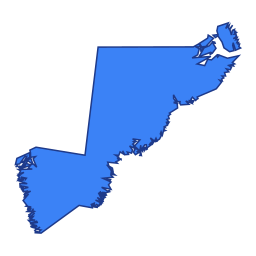 the border of Kommuneqarfik Sermersooq
{"feature_id": "GRL-2739", "entity_name": "Kommuneqarfik Sermersooq", "entity_type": "state/province", "adm_level": 1, "iso_a3": "GRL", "parent_name": "Greenland", "parent_adm1": "", "projection": "orthographic", "projection_center": [-36.556, 66.454], "detail": "fine", "context": "isolated", "style": "filled", "palette": "blue", "viewbox_px": 256, "rotation_deg": 0, "n_neighbors": 0, "source": "natural_earth", "source_scale": "10m", "svg_char_len": 5867}
<svg xmlns="http://www.w3.org/2000/svg" viewBox="0 0 256 256"><path d="M198.7,43.9L201.0,46.7L196.0,46.9L199.3,48.7L197.7,54.8L192.1,57.9L210.9,56.4L197.1,64.0L204.7,65.6L207.7,59.3L211.5,59.9L217.3,54.7L218.0,54.8L216.9,55.8L217.6,57.2L219.4,55.2L227.5,58.2L238.9,55.7L232.4,62.5L234.6,63.9L228.6,65.4L231.4,67.4L230.3,69.8L226.4,68.9L228.8,71.8L224.5,72.5L225.6,76.0L222.0,76.0L223.8,77.9L221.6,79.0L222.3,81.0L219.6,80.2L221.4,82.3L216.3,88.8L197.2,97.0L198.0,98.6L195.4,100.1L196.2,101.0L192.4,97.2L191.0,99.2L191.7,100.5L189.5,100.6L191.6,103.2L185.8,101.0L189.0,104.3L180.7,104.9L179.3,102.3L180.7,101.6L177.5,101.6L173.5,94.8L173.6,98.6L177.0,102.9L174.3,102.2L174.2,102.8L177.2,103.6L177.6,108.0L169.4,113.1L170.5,114.2L168.3,115.9L169.2,118.7L166.8,119.4L168.7,121.7L166.4,122.3L167.5,125.1L164.3,126.8L165.2,127.6L164.2,127.6L164.1,130.1L164.8,131.2L163.6,130.4L162.4,135.0L161.1,131.7L160.3,133.9L161.3,135.7L159.5,139.1L157.1,140.7L156.0,138.2L155.0,140.1L156.6,141.3L155.2,141.7L150.4,137.9L152.6,141.6L151.5,142.4L152.1,142.4L152.4,144.3L151.1,142.6L149.6,144.4L151.4,144.7L146.6,148.2L146.4,144.7L144.8,144.8L141.2,149.6L140.7,145.2L139.8,150.8L136.0,147.4L134.6,148.6L135.1,145.4L139.9,139.9L132.6,138.9L136.0,141.3L133.6,141.7L134.7,142.5L132.7,144.1L133.8,144.9L133.2,147.7L129.6,145.9L132.5,150.0L131.5,153.1L127.3,152.1L128.5,154.4L124.7,154.7L122.7,150.8L123.6,154.1L120.1,151.9L118.8,155.3L115.5,155.1L118.8,157.2L117.5,158.1L118.9,160.4L115.9,161.8L117.3,163.2L107.7,162.2L108.6,165.0L107.3,165.3L111.4,170.8L110.8,175.0L113.0,177.2L102.8,178.3L111.0,182.0L108.5,184.8L111.0,189.3L101.6,187.3L108.9,191.9L105.3,192.8L106.1,194.4L104.1,192.0L106.4,195.1L105.4,195.5L103.0,191.9L104.3,195.1L102.3,192.5L101.5,193.2L103.3,194.6L105.2,197.0L102.9,194.7L101.8,194.4L100.4,191.9L98.7,193.4L102.2,200.3L97.3,197.5L101.2,202.0L95.5,200.1L100.4,202.7L99.0,205.5L96.8,204.7L94.0,205.6L94.3,203.2L91.6,204.3L93.2,205.3L91.7,205.2L92.3,207.8L79.1,205.4L41.1,233.1L34.5,232.7L39.9,232.7L39.1,231.6L41.0,230.0L36.9,229.3L40.1,227.1L35.0,230.0L36.3,228.4L33.2,227.6L35.6,226.8L34.6,226.6L35.0,225.8L36.2,226.0L36.4,225.5L30.0,223.7L38.0,222.4L35.7,222.3L37.2,221.1L30.8,222.8L28.4,220.3L35.1,220.1L30.8,219.5L33.1,216.7L30.4,217.4L34.6,213.0L29.8,217.3L28.7,216.3L30.8,214.0L28.3,215.1L34.4,211.4L32.3,210.8L33.5,208.6L31.3,211.8L27.0,211.5L29.0,210.0L27.0,209.0L30.1,210.4L30.8,208.6L27.3,208.3L31.2,206.9L25.9,206.2L26.9,205.4L23.1,200.5L28.6,194.0L24.4,196.8L25.2,194.1L30.7,191.2L26.2,192.2L24.9,194.1L23.7,195.0L26.7,191.1L23.7,191.8L23.1,188.8L28.3,187.4L23.8,186.3L22.1,186.5L20.7,187.3L22.3,185.5L20.1,186.8L19.9,183.5L27.2,183.7L19.4,181.0L23.9,179.9L20.9,179.7L21.7,177.5L22.8,178.6L25.7,178.6L25.6,179.2L26.4,178.2L21.6,177.2L20.5,180.0L19.4,179.0L18.2,178.8L19.5,177.4L17.9,175.8L19.6,175.5L18.3,174.4L21.1,174.1L24.0,172.4L19.1,173.6L20.6,170.8L18.4,169.5L32.3,169.1L28.1,168.5L30.4,165.5L20.4,168.6L18.9,167.3L21.4,167.6L18.3,166.1L25.0,167.0L26.0,166.4L24.5,165.7L26.4,163.5L30.7,164.9L32.3,164.1L27.0,159.9L30.9,158.6L32.7,163.5L36.7,167.2L33.1,158.8L35.4,156.6L30.6,157.3L30.5,152.7L29.9,150.1L36.0,147.2L85.0,155.2L98.1,47.1L193.3,46.9L198.7,43.9ZM228.3,22.9L225.7,28.5L229.3,24.9L228.5,27.7L229.3,29.3L232.6,25.2L229.9,29.6L231.4,35.0L232.4,30.3L234.5,29.4L234.1,30.7L235.6,31.3L234.7,32.5L236.3,32.6L234.4,34.2L235.9,34.1L236.6,36.3L235.5,35.4L236.6,36.6L233.2,38.6L237.1,37.6L235.7,39.8L238.3,39.5L236.8,42.7L238.6,42.5L237.9,43.9L239.6,44.0L238.8,46.6L240.6,48.0L235.6,50.2L233.2,42.7L232.7,45.4L234.0,50.6L229.6,51.7L224.0,47.9L222.0,42.0L217.9,35.9L215.4,37.5L213.1,35.2L218.0,34.6L216.9,30.8L217.8,26.4L228.3,22.9ZM216.0,48.3L212.4,53.1L210.7,52.3L199.1,56.6L204.1,47.8L209.2,45.8L212.4,42.3L216.0,48.3ZM208.2,35.1L213.5,38.3L205.9,46.4L201.7,46.9L199.5,43.3L207.7,38.1L208.2,35.1ZM29.3,152.8L29.8,157.4L25.2,159.2L26.8,156.3L25.0,156.3L19.6,163.9L15.4,164.6L16.9,158.4L29.3,152.8ZM139.1,151.0L137.3,151.8L138.8,152.6L135.4,154.7L133.4,152.1L135.8,148.2L139.1,151.0ZM115.0,174.9L112.1,174.5L111.4,170.1L109.5,166.4L112.4,168.1L113.2,172.2L112.3,172.8L115.0,174.9ZM104.9,197.5L102.5,198.3L99.0,193.4L100.6,193.0L102.5,196.0L104.9,197.5ZM27.5,161.5L23.5,166.0L22.0,165.8L25.8,160.6L27.5,161.5ZM200.9,50.9L200.5,48.1L203.5,47.5L202.9,49.1L200.9,50.9ZM93.7,205.7L97.9,207.5L92.8,206.7L93.7,205.7ZM24.3,162.1L21.2,162.6L25.4,160.2L24.3,162.1ZM107.0,179.2L110.6,179.6L110.4,180.1L107.3,179.9L107.0,179.2ZM231.0,65.7L232.8,64.8L233.6,66.0L231.0,65.7ZM193.8,100.8L192.8,102.5L191.6,101.2L192.6,100.6L193.8,100.8ZM143.3,148.3L144.2,147.4L145.2,147.4L144.3,150.4L143.3,148.3ZM140.7,151.6L141.2,154.4L139.5,152.5L140.7,151.6ZM210.0,53.7L212.0,53.4L210.2,54.4L210.0,53.7ZM103.5,199.0L102.9,200.4L102.1,199.0L103.5,199.0ZM142.8,148.9L142.6,151.4L141.3,150.0L142.8,148.9ZM121.1,159.0L121.1,159.7L118.6,158.6L121.1,159.0ZM100.6,205.1L101.9,202.5L101.8,203.3L100.6,205.1ZM22.6,188.2L21.3,188.6L21.0,187.5L22.1,186.7L22.6,188.2ZM31.8,225.3L34.4,225.2L34.7,225.9L31.8,225.3ZM23.9,186.7L23.0,188.4L22.7,187.7L23.9,186.7ZM38.1,231.8L35.4,231.5L35.1,231.0L38.1,231.8ZM146.2,148.8L147.8,148.7L146.2,149.6L146.2,148.8ZM15.6,167.0L17.2,165.7L17.2,166.1L15.6,167.0ZM101.3,201.1L102.5,200.5L103.2,201.4L102.5,201.9L101.3,201.1ZM213.2,41.8L214.7,42.1L215.1,43.2L214.4,43.1L213.2,41.8ZM139.7,155.4L140.4,154.4L141.1,155.1L141.0,155.4L140.5,155.0L139.9,155.5L139.7,155.4ZM164.4,130.0L165.4,130.5L164.6,130.7L164.4,130.0ZM19.0,179.3L19.8,180.0L18.1,180.3L19.0,179.3ZM153.2,142.8L153.2,141.7L153.9,141.6L153.2,142.8ZM29.5,218.6L30.8,218.5L30.7,219.1L29.5,218.6ZM108.1,190.9L109.4,190.6L109.6,190.8L108.1,190.9ZM22.3,188.8L22.2,190.0L21.7,189.1L22.3,188.8ZM168.1,123.8L168.1,122.7L168.9,122.5L168.1,123.8ZM97.2,205.5L97.9,206.2L98.4,206.2L97.5,206.7L97.2,205.5ZM30.4,226.6L31.6,225.9L32.7,226.4L30.4,226.6Z" fill="#3b82f6" stroke="#1e3a8a" stroke-width="1.5"/></svg>